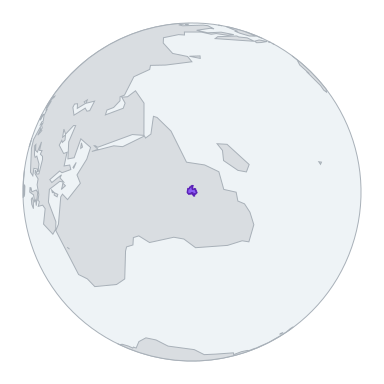 the Earth from above Northern, rotated 289°
{"feature_id": "ZMB-515", "entity_name": "Northern", "entity_type": "Province", "adm_level": 1, "iso_a3": "ZMB", "parent_name": "Zambia", "parent_adm1": "", "projection": "orthographic", "projection_center": [30.182, -9.848], "detail": "fine", "context": "on_globe", "style": "filled", "palette": "violet", "viewbox_px": 384, "rotation_deg": 289, "n_neighbors": 0, "source": "natural_earth", "source_scale": "10m", "svg_char_len": 7253}
<svg xmlns="http://www.w3.org/2000/svg" viewBox="0 0 384 384"><g transform="rotate(289 192 192)"><circle cx="192" cy="192" r="169" fill="#eef3f6" stroke="#a8b0b8"/><path d="M24.4,170.9L24.1,173.3L25.3,175.5L25.6,182.0L25.2,186.8L26.3,187.1L26.3,190.0L33.3,190.5L39.1,195.9L40.4,206.1L38.5,219.5L43.7,245.5L42.2,256.5L46.4,267.1L53.4,283.5L51.8,284.3L57.1,290.7L60.2,295.9L60.5,297.4L64.7,302.4L65.2,303.4L67.8,306.0L74.7,313.5L79.9,318.0L86.5,323.8L89.9,326.4L90.1,326.7L92.0,328.1L94.2,329.7L93.1,329.0L83.6,321.6L74.6,313.5L66.2,304.8L58.5,295.6L51.5,285.8L45.1,275.5L39.5,264.8L34.7,253.8L30.7,242.4L27.5,230.8L25.2,218.9L23.7,207.0L23.1,194.9L23.3,182.9L24.4,170.9ZM93.9,329.6L94.8,330.1L90.7,327.0L94.8,329.4L97.6,331.7L94.2,329.8L93.9,329.6ZM87.7,323.3L85.9,321.2L87.0,321.7L88.4,323.4L87.7,323.3ZM347.3,125.3L347.3,125.5L347.2,126.9L348.1,129.6L345.7,125.0L346.1,129.0L353.4,148.1L354.4,152.9L353.4,159.7L352.7,155.9L346.4,143.7L347.7,155.1L352.6,167.5L354.4,180.3L351.8,174.7L349.7,163.4L347.4,158.8L346.2,148.6L340.8,132.7L338.0,133.8L336.4,128.0L328.6,114.8L323.5,116.3L316.7,128.6L318.7,143.7L315.1,149.5L303.5,125.9L298.2,111.5L294.1,112.1L282.1,99.5L261.6,96.6L258.6,93.0L254.8,94.2L246.4,90.4L241.8,84.9L236.7,85.0L248.8,99.7L254.3,99.8L258.8,94.8L261.1,100.1L269.3,105.6L260.4,117.7L229.9,128.1L226.9,116.9L203.6,88.3L204.3,85.3L204.2,85.0L203.9,84.4L201.8,89.2L197.7,84.1L210.2,103.0L212.3,111.7L229.5,128.8L227.9,130.5L233.4,134.3L251.0,130.9L251.1,134.7L242.8,152.3L218.4,177.1L221.7,195.2L219.9,210.8L204.8,221.2L206.2,233.8L198.4,238.3L197.9,245.5L191.7,253.4L181.2,261.1L163.4,262.0L162.2,255.3L153.1,243.0L140.5,213.5L144.9,199.6L143.3,189.5L130.4,168.3L133.2,156.0L129.8,151.4L122.7,153.4L118.8,148.0L114.5,148.4L87.9,156.7L80.0,150.8L70.9,130.9L75.8,121.3L77.0,111.7L111.2,75.8L118.1,76.2L144.6,69.5L147.8,70.2L144.3,76.8L163.9,83.6L170.7,77.7L188.8,81.8L201.1,81.6L206.1,69.6L186.0,69.4L182.9,63.9L199.3,59.1L216.9,60.4L216.3,58.4L205.5,53.6L209.8,50.4L201.7,51.8L204.8,53.8L199.8,55.0L196.7,53.3L198.4,52.1L193.1,51.2L186.6,58.1L188.9,60.9L175.0,62.6L177.7,67.6L173.8,70.1L167.9,62.8L168.7,60.0L157.4,53.5L155.3,56.4L165.8,63.0L162.4,62.6L159.6,67.5L159.0,63.5L148.1,56.3L135.8,59.5L119.5,73.0L112.5,75.2L106.8,74.2L113.3,62.1L128.4,58.6L130.9,55.1L128.4,51.3L133.2,50.8L134.0,49.1L139.7,48.0L148.4,43.2L154.3,42.2L158.2,37.6L161.7,36.7L158.4,39.5L159.3,41.3L174.1,40.1L177.1,39.0L178.4,36.3L182.3,36.7L181.7,34.3L190.4,33.4L179.3,32.8L180.5,30.5L186.1,28.9L184.5,28.2L175.5,31.1L173.7,32.4L175.4,33.6L168.7,38.2L163.5,39.3L162.9,34.8L155.5,36.2L158.2,32.8L180.9,26.0L190.1,25.1L204.2,27.4L201.8,28.3L195.5,27.7L200.9,29.9L200.6,28.9L203.9,29.5L205.9,28.1L208.3,28.5L206.2,26.8L209.3,27.1L210.6,28.2L216.3,27.2L223.0,28.1L223.2,27.7L221.4,27.1L231.1,29.1L230.8,28.8L227.5,28.0L224.7,27.0L223.5,26.3L226.9,27.0L227.8,27.3L234.8,29.5L236.6,30.8L237.9,31.1L237.1,30.2L228.6,27.4L226.9,26.9L231.4,28.0L229.6,27.5L229.9,27.5L233.3,28.2L228.6,27.1L228.4,27.0L240.4,30.1L252.0,34.1L263.4,38.9L274.3,44.5L284.9,50.8L294.9,58.0L304.4,65.8L313.3,74.4L321.5,83.5L329.1,93.2L335.9,103.5L342.0,114.2L347.3,125.3ZM99.1,92.0L98.1,94.8L99.1,92.0ZM235.6,68.8L246.2,70.3L241.4,62.9L245.0,63.0L242.1,60.7L241.0,62.4L233.7,56.3L238.2,55.0L236.9,52.3L233.3,51.8L226.2,55.4L236.5,63.7L234.2,66.3L235.6,68.8ZM132.9,42.4L134.6,42.8L132.1,44.8L124.6,47.5L128.2,44.5L132.9,42.4ZM137.7,43.1L139.1,38.6L143.9,37.3L141.0,38.7L143.9,38.2L140.1,40.5L143.2,44.1L141.2,46.3L128.4,49.2L133.7,46.8L131.7,46.3L137.7,43.1ZM134.5,34.2L135.2,33.5L144.5,31.2L142.8,32.2L135.2,34.5L132.8,34.8L134.5,34.2ZM157.9,26.5L157.2,26.7L152.9,27.6L151.0,28.1L150.0,28.3L148.0,29.0L147.5,29.0L144.3,30.0L146.4,29.5L131.4,34.3L144.5,29.9L157.9,26.5ZM151.8,67.6L154.3,67.6L158.4,67.0L156.7,70.3L151.8,67.6ZM144.2,62.7L146.5,62.0L146.1,65.9L143.5,66.0L144.2,62.7ZM148.1,58.7L146.7,61.7L145.9,60.2L148.1,58.7ZM160.6,39.0L163.2,38.5L163.3,39.1L161.8,40.1L160.6,39.0ZM185.6,23.2L187.1,23.1L183.3,23.5L181.6,23.5L182.4,23.4L181.8,23.3L185.6,23.2ZM202.5,71.5L198.8,73.8L197.0,72.6L198.6,72.1L202.5,71.5ZM176.5,71.5L182.3,72.9L176.0,72.4L176.5,71.5ZM187.1,23.3L186.4,23.2L188.6,23.2L187.1,23.3ZM190.0,23.1L190.6,23.0L189.7,23.1L190.0,23.1ZM261.9,302.0L262.4,304.7L260.0,304.5L261.9,302.0ZM248.5,209.6L236.6,237.1L228.7,236.9L227.4,228.4L232.0,211.6L241.2,207.3L245.8,200.0L248.5,209.6ZM358.6,219.0L358.4,221.1L358.3,221.9L358.6,219.0ZM358.9,214.9L359.0,216.7L358.6,216.4L358.9,214.9ZM359.0,218.0L359.0,217.4L359.0,218.0ZM358.7,214.0L355.8,208.6L354.2,204.5L355.0,202.1L357.6,206.0L358.7,214.0ZM354.8,201.8L351.8,190.8L344.6,164.0L347.2,165.7L354.1,183.6L353.8,185.7L355.7,193.9L354.8,201.8ZM360.6,194.5L360.1,201.6L359.0,198.0L358.2,195.5L357.7,185.2L358.0,180.9L358.8,182.1L359.5,170.4L360.2,175.8L360.5,181.2L360.9,188.8L360.6,194.5ZM319.5,145.3L323.3,155.3L321.0,156.3L319.5,145.3ZM358.6,163.6L358.9,166.3L358.3,162.3L358.6,163.6ZM349.7,134.0L349.0,133.7L348.2,131.3L348.6,130.4L349.7,134.0ZM216.8,24.9L213.7,24.9L213.8,25.4L217.6,26.4L210.9,25.3L210.7,24.4L216.8,24.9ZM332.9,285.3L330.2,286.7L331.2,283.4L334.5,278.9L342.6,262.2L342.7,263.1L347.1,252.6L351.1,248.4L353.3,242.3L349.4,253.5L344.6,264.5L339.1,275.1L332.9,285.3ZM360.6,202.6L360.2,208.2L360.2,207.2L360.7,199.4L361.0,191.4L361.0,190.6L360.6,202.6Z" fill="#d9dde1" stroke="#a8b0b8" stroke-width="1"/><path d="M193.7,187.1L193.7,187.4L193.9,187.7L194.1,188.0L194.3,188.2L194.4,188.3L194.5,188.3L194.8,188.3L195.0,188.3L195.3,188.3L195.5,188.3L195.7,188.5L195.8,188.6L196.0,188.6L196.0,188.8L196.1,189.0L196.3,189.3L196.5,189.3L196.6,189.2L197.1,189.3L197.1,189.6L197.3,189.7L197.5,189.7L197.9,189.8L198.0,189.9L198.1,190.3L198.2,190.6L198.2,190.9L197.9,190.9L197.6,190.8L197.3,190.8L197.0,190.8L196.8,190.9L196.6,191.0L196.3,191.1L196.1,191.0L195.9,191.1L195.6,191.1L195.4,191.0L195.1,191.2L195.0,191.3L194.9,191.5L194.7,191.7L194.9,192.0L195.1,192.3L195.3,192.6L195.4,193.0L195.6,193.1L195.9,193.3L196.0,193.4L196.0,194.1L195.8,194.1L195.7,194.1L195.4,194.2L195.3,194.3L195.3,194.5L195.2,194.5L194.9,194.6L194.7,194.7L194.8,194.7L194.8,194.8L195.0,194.8L194.9,194.9L194.9,195.0L194.7,195.3L194.6,195.2L194.4,195.2L194.3,195.3L194.2,195.4L194.1,195.5L193.9,195.6L193.6,196.0L193.5,196.3L193.4,196.3L193.2,196.4L193.2,196.5L193.0,196.8L192.9,196.8L191.9,196.1L191.4,196.1L191.3,196.3L191.2,196.3L191.1,196.5L191.2,195.5L191.2,195.3L191.1,195.2L190.9,195.0L190.9,194.8L190.7,194.8L190.6,194.7L190.4,194.6L189.6,195.1L189.6,195.3L189.7,195.5L189.7,195.8L189.7,195.7L189.4,195.7L189.1,195.4L188.9,195.3L188.9,195.2L189.0,195.0L189.0,194.7L189.4,194.4L189.5,194.3L189.6,194.2L189.8,194.0L189.7,193.9L189.8,193.8L189.8,193.7L190.0,193.5L190.0,193.4L190.3,193.3L190.5,193.2L190.8,193.1L191.0,193.1L191.2,192.8L191.2,192.7L191.3,192.7L191.2,192.5L191.2,192.4L191.3,192.2L191.2,192.0L191.2,191.9L191.0,191.7L190.9,191.7L190.7,191.6L190.4,191.5L190.3,191.4L190.2,191.5L190.2,191.4L189.9,191.3L189.9,191.2L189.7,191.1L189.5,190.9L189.5,190.7L189.6,190.4L189.6,190.2L189.4,190.1L189.2,190.0L189.1,189.9L188.9,189.8L188.9,189.7L189.0,189.6L189.1,189.4L189.3,189.2L189.4,188.7L189.5,188.5L189.6,188.4L189.7,188.2L189.8,188.1L190.0,188.0L190.1,187.9L190.2,187.7L193.7,187.1Z" fill="#8b5cf6" stroke="#5b21b6" stroke-width="1.5"/></g></svg>